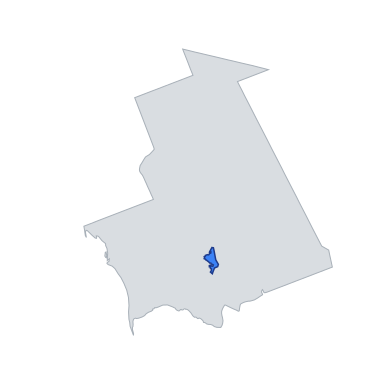 Boumdeid, Assaba, Mauritania shown in context, rotated 339°
{"feature_id": "47542326B4408163770822", "entity_name": "Boumdeid", "entity_type": "district", "adm_level": 2, "iso_a3": "MRT", "parent_name": "Mauritania", "parent_adm1": "Assaba", "projection": "robinson", "projection_center": [-11.369, 17.747], "detail": "fine", "context": "in_parent", "style": "filled", "palette": "blue", "viewbox_px": 384, "rotation_deg": 339, "n_neighbors": 0, "source": "geoboundaries", "source_scale": "gbopen_adm2", "svg_char_len": 4298}
<svg xmlns="http://www.w3.org/2000/svg" viewBox="0 0 384 384"><g transform="rotate(339 192 192)"><path d="M167.0,327.4L166.6,327.2L164.6,325.6L163.6,323.8L162.0,322.4L159.8,321.4L158.4,320.4L157.7,319.1L156.9,318.3L156.0,317.9L156.0,317.5L156.2,316.9L156.0,315.8L154.7,313.3L153.5,312.2L152.4,312.4L151.8,312.1L151.5,311.5L151.3,310.7L150.6,310.1L149.4,309.8L148.4,307.9L147.7,304.6L146.7,302.0L145.6,300.1L144.7,299.4L144.1,299.3L143.9,299.0L143.7,298.5L142.8,298.3L141.5,298.8L140.3,298.6L139.8,297.7L139.0,297.6L138.0,298.4L136.8,298.2L135.6,297.0L134.9,295.8L134.8,294.6L132.7,292.3L128.7,288.7L124.2,287.1L119.4,287.3L116.7,287.2L116.1,286.6L115.5,286.6L114.9,287.3L114.3,287.4L113.6,287.1L113.2,287.3L113.0,288.2L111.3,288.7L108.1,288.7L105.5,289.3L103.5,290.4L100.7,290.8L97.1,290.7L94.9,290.3L94.2,289.6L93.1,289.5L91.8,289.8L90.5,291.6L89.5,294.7L88.6,296.5L87.9,296.9L87.1,299.3L86.7,303.2L86.0,304.9L86.1,295.1L87.1,291.5L87.5,288.3L89.8,281.2L92.5,275.4L94.9,267.7L95.9,260.2L95.7,252.9L95.0,246.4L93.8,242.1L92.6,235.9L90.9,232.6L87.7,229.7L87.0,228.1L87.7,227.4L89.7,227.0L90.9,224.8L88.3,225.6L91.4,218.8L92.4,214.1L92.2,211.1L92.8,209.2L90.5,205.1L88.8,199.9L87.8,199.1L86.9,198.7L86.8,199.9L86.3,201.0L85.1,200.3L83.2,196.6L80.4,190.5L79.4,189.8L78.6,190.7L78.1,191.5L77.1,196.6L76.8,194.5L77.3,192.2L78.0,189.2L78.8,185.2L81.2,185.2L85.5,185.2L94.2,185.1L98.5,185.1L107.2,185.1L111.5,185.1L120.2,185.1L124.5,185.1L133.2,185.1L137.5,185.1L146.2,185.1L150.5,185.1L153.3,185.1L153.2,182.2L153.0,179.9L152.9,176.8L152.7,173.7L152.5,170.6L152.4,167.7L152.2,164.8L152.1,162.2L151.9,159.7L151.7,158.3L150.8,155.5L150.6,154.1L150.8,152.6L151.5,151.2L153.1,148.7L155.7,146.8L158.6,144.5L160.9,142.8L162.0,142.4L165.6,141.8L168.3,140.5L171.0,139.2L172.1,138.5L172.3,136.1L172.3,83.4L185.6,83.4L189.1,83.4L213.4,83.4L216.9,83.4L234.7,83.4L234.7,80.9L234.6,77.3L234.6,72.4L234.6,67.5L234.5,58.9L234.5,55.2L238.0,57.6L245.0,62.5L248.6,64.9L255.6,69.7L262.7,74.5L269.8,79.4L273.3,81.8L276.9,84.2L280.4,86.6L283.9,89.0L291.0,93.8L294.0,95.8L298.6,99.1L302.9,102.1L307.2,105.2L300.6,105.2L291.8,105.2L285.8,105.2L279.7,105.2L274.0,105.2L274.5,110.2L275.1,115.6L275.6,121.0L276.2,126.4L276.8,131.9L278.5,148.1L279.1,153.6L279.7,159.0L280.3,164.4L280.9,169.8L282.0,180.7L282.6,186.1L283.2,191.5L283.8,197.0L284.4,202.4L284.9,207.8L286.1,218.7L286.7,224.1L287.3,229.5L287.9,234.9L288.4,240.4L289.0,245.8L289.6,251.2L290.2,256.6L291.3,267.5L291.9,272.9L292.5,278.3L293.1,283.7L293.7,289.0L296.0,291.8L298.8,295.2L298.0,300.1L297.1,306.0L296.1,312.4L288.1,312.4L280.4,312.4L260.9,312.4L257.0,312.4L237.6,312.4L233.7,312.4L226.2,312.4L224.0,312.2L223.2,311.8L222.9,308.4L222.2,308.7L221.4,309.6L221.0,310.7L221.2,312.1L221.1,313.2L218.6,313.7L215.2,314.5L211.6,315.1L208.1,314.8L206.8,314.6L205.5,314.1L202.7,313.7L201.1,313.6L199.3,313.7L197.3,314.0L196.6,314.6L195.0,317.1L193.5,319.9L192.5,319.9L191.3,318.4L188.2,315.4L184.5,311.5L182.8,309.6L181.9,309.3L180.1,310.7L178.6,312.0L177.0,313.9L176.2,315.7L175.7,317.9L175.4,320.4L174.8,323.3L173.5,325.7L172.0,327.5L170.8,328.3L170.4,328.8L167.0,327.4ZM89.7,220.6L88.4,222.7L87.9,221.9L87.7,220.5L88.8,218.5L89.3,217.4L90.3,217.1L89.7,220.6Z" fill="#d9dde1" stroke="#a8b0b8" stroke-width="1"/><path d="M191.7,251.5L190.8,251.1L190.7,251.0L189.0,252.4L186.8,254.3L186.6,254.6L186.6,254.9L186.8,255.1L187.1,255.2L188.0,254.9L187.7,255.7L187.4,255.8L186.8,255.5L186.5,255.6L185.4,256.5L185.0,256.6L184.6,256.5L184.1,256.2L183.9,256.0L181.8,256.0L181.7,256.5L181.2,256.8L180.3,256.7L180.2,257.8L179.9,258.1L179.5,258.4L179.5,258.8L180.0,259.1L180.4,259.4L180.5,259.7L180.5,260.3L180.9,260.6L181.2,261.0L181.7,261.9L182.4,263.0L182.6,263.4L182.8,263.9L182.9,264.1L183.0,264.6L183.4,264.7L184.2,265.2L184.1,266.0L184.5,266.4L184.9,266.7L185.4,267.1L185.6,267.4L185.8,267.7L185.2,268.4L184.8,268.8L184.1,268.3L183.8,268.2L183.4,267.5L183.0,267.1L182.7,267.0L182.4,266.9L181.8,266.9L181.4,268.0L182.4,268.3L181.8,269.6L181.9,269.8L182.0,269.9L182.0,270.1L182.3,270.4L182.6,270.8L182.4,271.1L181.9,272.2L181.7,272.5L180.5,273.3L181.2,274.7L181.7,275.6L182.6,274.5L183.3,273.7L185.8,271.0L189.2,270.9L190.7,269.0L190.3,266.5L189.9,264.1L189.9,263.9L190.0,263.1L191.5,255.0L192.0,251.7L191.7,251.5Z" fill="#3b82f6" stroke="#1e3a8a" stroke-width="1.5"/></g></svg>